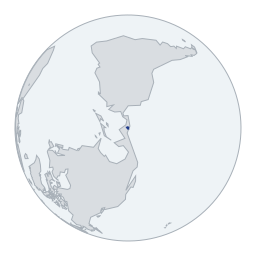 Rivas on an orthographic globe, rotated 230°
{"feature_id": "NIC-24", "entity_name": "Rivas", "entity_type": "Department", "adm_level": 1, "iso_a3": "NIC", "parent_name": "Nicaragua", "parent_adm1": "", "projection": "orthographic", "projection_center": [-85.754, 11.311], "detail": "fine", "context": "on_globe", "style": "filled", "palette": "blue", "viewbox_px": 256, "rotation_deg": 230, "n_neighbors": 0, "source": "natural_earth", "source_scale": "10m", "svg_char_len": 8037}
<svg xmlns="http://www.w3.org/2000/svg" viewBox="0 0 256 256"><g transform="rotate(230 128 128)"><circle cx="128" cy="128" r="113" fill="#eef3f6" stroke="#a8b0b8"/><path d="M142.7,133.7L140.0,132.5L137.5,136.0L128.2,130.7L124.7,124.1L95.4,113.3L92.2,109.9L92.0,104.4L81.6,86.2L86.4,103.1L82.5,99.7L79.2,93.7L80.9,92.3L78.6,83.6L75.0,80.2L74.4,69.7L80.8,57.1L82.0,59.1L83.4,56.2L82.0,53.7L80.7,52.8L83.6,42.0L79.9,36.7L75.3,37.8L79.0,35.6L67.9,40.1L63.6,40.6L70.6,38.4L72.9,37.1L71.1,36.4L73.2,34.9L73.5,33.8L76.1,32.2L79.9,31.4L81.6,30.5L80.3,30.1L82.0,28.6L83.8,29.2L87.0,26.6L94.0,25.7L96.6,30.0L102.6,29.3L111.0,33.9L112.4,32.6L116.4,33.9L119.5,33.1L120.2,34.5L122.1,32.6L120.9,31.5L121.3,30.4L123.0,29.9L124.2,31.5L123.5,32.0L124.7,32.3L124.5,33.3L125.6,32.5L126.8,34.7L128.2,31.9L131.2,33.1L131.3,34.8L128.0,35.5L119.9,42.1L119.0,44.6L121.0,47.2L131.9,50.0L132.3,52.7L135.2,55.7L136.5,53.6L134.7,50.6L137.9,47.9L135.3,44.9L136.3,43.5L135.0,40.4L138.8,40.1L143.2,41.6L144.5,44.3L146.4,45.2L148.1,42.2L153.3,47.3L161.7,50.9L162.6,52.5L159.3,55.8L151.9,56.4L147.5,62.1L154.0,57.8L156.3,62.5L158.2,63.1L160.2,62.7L160.7,60.8L162.3,62.5L156.4,66.9L155.0,65.5L156.8,64.0L153.4,64.5L149.4,68.1L150.9,70.5L143.4,74.5L144.4,76.4L143.3,78.5L142.3,75.2L144.0,81.5L135.4,89.2L137.5,100.9L131.5,92.0L126.9,91.2L121.5,91.6L121.7,93.4L114.2,92.2L107.9,96.4L106.1,105.8L109.2,112.9L117.5,113.1L119.7,109.0L125.6,108.0L122.0,119.0L132.4,120.2L131.8,128.4L134.9,132.5L140.0,131.2L145.3,133.0L148.8,128.1L154.6,125.1L155.0,131.7L158.0,125.5L161.4,128.5L172.8,127.3L172.0,128.9L181.6,135.8L191.5,138.1L193.8,142.6L192.7,145.7L196.0,146.1L196.0,148.0L208.6,148.9L214.5,152.5L214.0,159.1L208.4,167.6L201.6,183.8L191.1,190.2L187.3,196.5L177.2,205.9L170.9,205.9L171.6,209.8L167.2,212.5L162.9,213.0L161.2,215.8L157.9,216.1L159.5,217.8L153.0,221.5L153.4,224.1L148.4,226.9L148.8,228.3L147.3,228.4L145.5,229.0L144.9,229.8L140.9,228.6L141.1,225.3L143.5,223.5L141.6,223.2L146.8,218.4L144.3,219.4L146.9,211.9L151.5,205.3L156.5,185.4L154.5,181.4L146.4,177.0L136.8,161.7L139.7,155.1L137.5,152.0L144.9,142.4L142.7,133.7ZM27.9,99.4L28.6,96.8L28.8,98.6L27.9,99.4ZM28.7,95.2L28.5,96.0L28.5,95.3L28.7,95.2ZM28.4,94.6L28.6,95.0L28.3,94.8L28.4,94.6ZM28.0,94.1L28.3,94.2L28.2,94.3L28.0,94.1ZM137.3,104.9L149.2,110.0L142.7,111.1L143.9,109.9L140.8,107.7L135.2,105.8L129.4,107.3L137.3,104.9ZM27.7,92.6L27.6,92.1L28.0,92.0L27.7,92.6ZM141.9,98.1L139.9,97.8L141.8,97.7L141.9,98.1ZM79.8,52.7L81.7,53.8L82.3,56.8L80.4,56.0L79.8,52.7ZM79.0,47.6L80.5,47.5L78.8,50.3L78.5,49.4L79.0,47.6ZM71.5,39.2L72.7,39.5L70.8,39.7L71.5,39.2ZM73.0,34.0L72.1,34.4L72.6,33.7L73.0,34.0ZM133.0,40.8L133.9,40.6L133.7,41.2L133.0,40.8ZM131.5,39.7L130.5,40.6L129.6,40.3L130.2,39.7L131.5,39.7ZM77.1,30.7L78.4,29.6L77.8,30.5L77.1,30.7ZM132.9,38.7L128.2,39.6L126.7,39.0L127.9,36.4L132.9,38.7ZM79.5,28.9L82.4,26.6L80.5,27.2L87.7,24.3L82.8,27.1L82.4,28.0L81.3,28.1L79.5,28.9ZM119.7,31.4L121.1,32.6L118.4,32.2L119.7,31.4ZM117.9,31.5L108.9,32.4L107.8,30.7L111.0,30.6L108.3,29.0L112.1,27.7L114.5,28.3L114.5,29.6L116.0,28.2L117.9,31.5ZM91.2,23.3L92.5,22.7L91.8,23.2L91.2,23.3ZM121.3,30.0L119.6,30.2L118.4,28.7L121.7,28.0L121.0,28.7L121.3,30.0ZM105.6,29.4L105.4,28.3L108.4,26.9L108.7,26.3L112.1,27.6L105.6,29.4ZM122.1,28.8L123.3,27.7L125.4,28.0L122.9,29.7L122.1,28.8ZM116.8,28.7L116.4,28.0L117.7,28.1L116.8,28.7ZM133.5,28.9L131.5,29.0L130.7,28.2L133.5,28.9ZM123.6,27.3L122.9,27.2L122.4,27.0L123.6,26.4L123.6,27.3ZM114.0,26.6L115.3,26.3L112.8,26.0L115.0,25.1L116.8,26.2L116.9,25.3L117.6,25.1L118.4,26.3L114.0,26.6ZM123.2,25.1L126.3,26.5L130.2,26.4L131.0,27.1L124.6,27.1L123.2,25.1ZM120.3,25.7L122.3,25.5L122.3,26.3L120.9,26.9L120.3,25.7ZM115.8,24.2L112.0,25.2L111.7,25.0L115.8,24.2ZM124.4,24.9L123.6,24.6L124.7,24.8L124.4,24.9ZM118.4,24.2L117.1,24.5L116.8,24.2L118.4,24.2ZM123.2,23.8L124.1,24.2L123.3,24.6L123.2,23.8ZM121.0,23.8L120.9,23.3L122.3,24.5L120.5,24.0L121.0,23.8ZM118.4,23.8L117.8,23.8L119.0,23.7L118.4,23.8ZM126.0,22.2L128.0,23.5L126.0,24.4L124.3,22.9L126.0,22.2ZM147.2,231.0L141.1,229.1L144.7,230.0L148.1,228.6L151.0,230.1L147.2,231.0ZM156.9,227.3L160.3,226.3L160.9,226.6L158.6,227.4L156.9,227.3ZM207.0,47.7L205.7,46.5L208.0,48.8L209.4,50.1L211.8,52.8L208.3,49.5L210.3,52.9L217.8,64.0L217.9,66.2L215.8,65.7L208.0,56.4L208.6,52.8L205.9,50.0L201.5,47.3L202.0,46.6L200.3,45.2L200.1,43.9L195.6,39.6L194.8,38.3L189.0,34.4L187.8,33.3L191.6,35.8L193.7,37.1L191.2,34.7L189.9,33.9L198.8,40.4L207.0,47.7ZM188.5,33.0L185.9,31.4L188.5,33.0ZM183.1,29.8L182.5,29.4L182.2,29.2L183.1,29.8ZM180.0,28.1L180.7,28.5L176.5,26.5L172.2,24.5L171.1,24.1L178.1,27.4L180.7,28.7L182.4,29.5L189.5,33.8L191.3,35.2L184.9,31.7L186.7,33.4L180.9,30.4L165.5,22.4L161.2,20.6L162.0,20.6L171.2,24.0L180.0,28.1ZM102.0,18.4L94.6,20.6L91.7,21.5L88.4,23.1L88.8,23.0L90.8,22.4L87.7,24.3L80.5,27.2L80.0,27.1L75.8,29.3L75.4,28.9L73.1,29.8L74.9,28.6L78.0,27.0L79.1,26.5L78.4,26.9L86.0,23.5L93.9,20.6L102.0,18.4ZM240.2,117.8L240.0,115.9L239.9,116.6L237.8,124.3L235.5,120.8L229.1,107.9L228.4,101.0L225.4,94.2L218.0,66.6L219.5,66.4L217.2,59.4L217.4,59.6L221.1,64.6L221.4,65.0L225.7,71.9L229.4,79.0L232.7,86.4L235.4,94.1L237.6,101.9L239.2,109.8L240.2,117.8ZM224.2,79.0L225.2,81.1L224.2,79.0ZM173.1,127.2L174.5,128.4L172.8,128.5L173.1,127.2ZM142.0,113.8L144.5,113.8L145.8,114.8L143.9,115.2L142.0,113.8ZM162.2,112.8L164.9,113.1L162.1,113.9L162.2,112.8ZM151.0,110.6L160.0,112.7L154.6,115.0L148.9,113.8L152.8,113.0L151.0,110.6ZM141.1,102.0L142.7,102.4L142.3,103.6L141.1,102.0ZM143.3,98.1L142.7,98.2L141.9,97.3L143.3,98.1ZM156.6,62.2L157.1,61.9L159.3,61.9L158.4,62.7L156.6,62.2ZM167.5,57.7L169.8,60.4L167.6,58.9L166.9,60.4L161.5,59.3L162.8,53.3L163.2,56.1L167.5,57.7ZM154.7,56.7L157.9,57.7L154.3,56.8L154.7,56.7ZM191.0,40.0L192.3,40.2L194.5,42.0L195.5,44.5L192.4,41.9L191.0,40.0ZM193.7,40.3L187.1,36.6L186.2,35.1L187.8,36.5L187.9,35.9L190.5,38.0L196.1,40.7L198.4,42.5L199.1,45.7L197.6,43.5L196.4,43.2L193.7,40.3ZM171.7,32.6L168.8,31.8L170.6,29.6L173.1,30.6L174.3,33.0L172.1,33.2L171.7,32.6ZM135.9,34.3L134.7,34.8L134.4,34.2L135.1,33.4L135.9,34.3ZM132.6,29.0L140.9,32.2L139.9,32.7L145.9,34.4L145.7,36.6L141.8,35.4L146.1,38.5L142.5,38.3L145.8,40.3L137.1,37.4L134.1,37.7L137.6,36.5L137.9,34.4L137.1,33.6L132.5,31.5L126.1,31.3L125.3,29.5L126.5,28.3L128.0,28.1L128.0,29.3L129.9,28.1L131.0,29.7L132.6,29.0ZM140.9,19.6L140.3,20.3L144.4,19.8L145.5,20.7L145.9,20.6L148.1,21.4L151.4,22.3L151.4,22.8L152.7,22.9L154.2,23.6L155.9,24.1L156.6,25.2L158.8,25.9L157.9,26.0L161.5,27.0L159.1,26.8L160.8,27.9L162.2,27.5L161.6,33.9L163.2,37.3L165.8,40.4L161.4,40.1L156.1,37.2L151.0,33.5L150.1,30.5L148.3,31.1L147.3,29.9L149.2,29.9L145.7,29.2L145.4,28.3L140.9,26.0L136.0,25.9L134.3,25.2L136.0,24.8L133.0,24.4L135.1,23.3L133.9,22.8L134.7,21.4L138.8,21.1L137.1,20.7L137.6,19.8L140.9,19.6ZM126.4,21.7L131.0,20.9L133.9,21.1L131.2,23.5L132.0,24.1L130.4,26.0L126.3,25.8L127.1,25.2L127.0,24.6L128.3,24.9L127.1,24.3L128.2,23.5L127.6,22.9L129.3,22.7L126.4,21.7ZM215.9,57.6L215.7,57.3L215.6,57.2L215.9,57.6ZM212.9,54.5L212.4,53.8L214.9,56.6L215.1,57.0L212.9,54.5ZM210.0,51.2L212.2,53.5L211.1,52.5L210.0,51.2ZM190.9,35.2L190.2,34.6L190.9,35.0L192.3,36.0L190.9,35.2ZM153.1,19.3L152.3,19.4L151.5,19.2L148.1,18.9L147.0,18.4L148.6,18.3L153.1,19.3ZM151.3,18.7L150.0,18.6L150.2,18.4L151.3,18.7ZM146.0,18.0L145.9,17.7L146.4,18.3L146.0,18.0ZM125.5,15.4L125.2,15.4L123.7,15.4L125.5,15.4ZM126.7,15.4L129.0,15.4L127.5,15.5L125.9,15.4L126.7,15.4ZM140.4,16.4L142.2,16.6L140.4,16.4ZM91.7,22.8L92.4,22.7L91.1,23.1L91.7,22.8ZM104.9,17.8L103.3,18.1L103.8,18.0L104.9,17.8ZM103.5,18.1L105.3,17.7L103.8,18.1L103.5,18.1ZM109.3,16.9L106.2,17.6L108.6,17.1L109.3,16.9Z" fill="#d9dde1" stroke="#a8b0b8" stroke-width="1"/><path d="M129.0,128.5L128.9,128.5L128.7,128.4L128.4,128.3L128.4,128.2L128.2,128.2L128.2,128.3L128.1,128.5L128.0,128.4L127.9,128.4L127.9,128.2L127.7,128.0L127.5,127.9L127.4,127.8L127.3,127.7L127.2,127.7L127.3,127.5L127.3,127.4L127.5,127.4L128.4,127.3L129.3,127.4L128.8,128.3L129.0,128.5L129.4,128.6L129.6,128.6L129.3,128.6L129.0,128.5Z" fill="#3b82f6" stroke="#1e3a8a" stroke-width="1.5"/></g></svg>